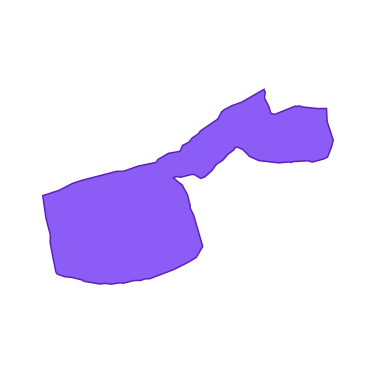 Yupiltepeque, Jutiapa, Guatemala (orthographic projection), rotated 245°
{"feature_id": "79465075B99403768988666", "entity_name": "Yupiltepeque", "entity_type": "district", "adm_level": 2, "iso_a3": "GTM", "parent_name": "Guatemala", "parent_adm1": "Jutiapa", "projection": "orthographic", "projection_center": [-89.785, 14.166], "detail": "fine", "context": "isolated", "style": "filled", "palette": "violet", "viewbox_px": 384, "rotation_deg": 245, "n_neighbors": 0, "source": "geoboundaries", "source_scale": "gbopen_adm2", "svg_char_len": 1315}
<svg xmlns="http://www.w3.org/2000/svg" viewBox="0 0 384 384"><g transform="rotate(245 192 192)"><path d="M194.9,39.2L177.1,34.8L174.3,35.3L168.9,41.0L165.3,47.1L158.9,55.0L156.5,56.6L147.7,69.4L145.5,75.4L142.6,79.8L139.8,89.4L138.5,90.6L136.2,102.2L133.4,108.5L133.4,110.0L133.2,112.5L131.3,116.8L129.4,142.8L130.0,159.9L131.0,168.3L138.1,178.7L170.2,183.7L178.6,183.5L180.0,184.5L191.1,186.7L202.4,186.1L212.5,181.1L212.5,184.7L210.3,187.6L207.9,199.7L206.5,201.7L200.7,205.6L200.2,209.8L202.9,218.7L206.7,225.8L207.9,233.6L210.9,240.3L212.6,247.9L214.1,249.7L213.2,252.5L208.7,256.1L199.9,259.2L192.2,265.9L181.8,282.8L178.2,292.7L176.7,294.5L176.9,296.3L171.4,310.1L168.3,313.6L166.3,325.0L166.4,329.6L173.6,337.2L179.2,341.9L198.8,344.3L210.9,349.2L214.5,341.2L221.9,328.8L225.0,325.2L225.0,323.4L226.2,322.0L227.4,299.7L228.3,298.9L229.2,297.3L230.4,296.8L237.0,297.7L246.6,297.4L251.4,300.5L254.6,300.7L252.4,274.9L253.4,264.7L253.0,256.3L252.2,252.8L247.2,246.1L243.8,225.3L242.0,222.2L240.9,215.1L238.5,210.3L238.2,203.1L237.0,201.7L235.8,200.4L234.7,199.5L234.1,197.8L237.0,187.0L235.9,175.0L234.3,172.5L234.3,170.7L238.2,154.2L239.8,138.6L242.6,132.3L249.2,96.7L250.3,87.4L249.7,71.8L251.8,55.2L230.1,48.6L213.0,45.5L206.2,42.1L194.9,39.2Z" fill="#8b5cf6" stroke="#5b21b6" stroke-width="1.5"/></g></svg>